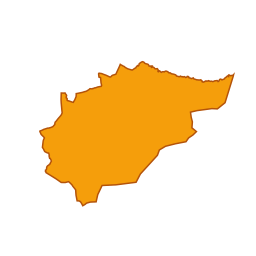 the district of Yorosso, Sikasso, Mali, rotated 202°
{"feature_id": "8926073B52464298998123", "entity_name": "Yorosso", "entity_type": "district", "adm_level": 2, "iso_a3": "MLI", "parent_name": "Mali", "parent_adm1": "Sikasso", "projection": "mercator", "projection_center": [-4.768, 12.344], "detail": "fine", "context": "isolated", "style": "filled", "palette": "amber", "viewbox_px": 256, "rotation_deg": 202, "n_neighbors": 0, "source": "geoboundaries", "source_scale": "gbopen_adm2", "svg_char_len": 4571}
<svg xmlns="http://www.w3.org/2000/svg" viewBox="0 0 256 256"><g transform="rotate(202 128 128)"><path d="M100.2,80.7L99.3,90.0L90.5,113.7L90.7,119.4L86.4,125.1L78.2,131.1L69.1,137.0L68.1,141.5L65.2,145.8L63.2,150.3L68.8,152.1L70.6,157.8L73.4,161.6L76.0,166.1L70.5,170.0L57.5,177.4L52.3,179.2L47.5,187.8L49.8,215.0L50.1,217.0L50.3,216.5L50.9,215.9L51.8,215.4L52.2,215.0L53.7,214.9L54.3,215.1L54.6,214.6L54.5,214.2L54.2,213.8L54.1,213.5L54.7,213.7L55.3,213.5L55.7,212.7L55.8,212.1L56.4,211.5L56.9,210.6L57.0,209.7L57.4,209.2L58.0,208.8L58.2,208.4L58.7,208.0L59.1,207.8L59.4,207.9L60.0,208.1L60.5,208.0L61.2,207.3L61.3,205.7L61.6,205.1L61.9,204.8L62.2,205.0L62.5,205.2L63.1,205.4L64.0,204.9L65.4,204.1L65.8,203.6L66.7,202.8L67.8,202.7L68.4,202.6L68.9,202.3L69.2,202.0L69.7,202.0L70.5,202.1L71.2,202.0L71.4,201.4L71.7,201.3L72.5,201.2L72.9,200.7L73.6,200.7L74.0,200.3L74.2,199.7L74.7,199.5L75.1,198.9L75.7,198.7L76.5,198.7L76.6,199.1L76.8,199.3L77.0,199.4L77.6,199.4L78.1,199.6L78.5,200.0L79.1,199.6L79.7,199.3L80.1,199.0L80.9,198.9L82.4,198.4L83.6,198.4L84.0,198.3L85.0,198.2L85.6,198.4L86.2,198.9L86.7,198.5L87.3,197.8L87.9,197.6L88.3,197.6L88.7,197.6L89.3,197.6L90.1,197.4L90.7,197.7L90.8,198.1L91.7,198.3L92.4,198.0L92.5,197.3L93.2,196.6L93.3,196.6L93.6,196.4L94.3,196.7L94.6,196.7L95.2,196.7L95.6,196.3L95.9,196.0L96.0,195.9L96.6,196.0L97.2,195.9L97.7,195.6L98.1,195.6L98.7,195.8L99.1,195.5L99.2,195.1L99.6,194.8L100.3,194.6L101.4,194.6L102.4,194.3L102.9,194.7L103.2,194.8L103.6,195.1L104.7,195.1L105.8,195.0L106.9,194.8L107.8,194.6L108.5,194.6L109.0,194.9L109.8,194.9L110.3,194.6L110.8,194.5L111.3,194.7L111.8,195.0L112.8,195.1L113.6,195.1L114.3,194.9L115.0,194.3L115.4,193.6L116.1,193.5L116.9,193.2L117.7,192.5L117.8,192.3L117.9,192.1L118.6,192.2L119.4,192.6L120.1,192.8L120.4,192.4L120.5,192.3L120.7,191.7L121.0,191.5L121.4,191.7L121.5,192.2L121.3,192.6L121.4,192.9L122.0,193.2L122.3,193.5L122.5,193.7L123.2,194.0L124.1,193.4L124.9,193.1L125.4,193.1L125.7,193.3L125.9,193.5L127.1,193.9L128.0,193.8L128.4,193.4L128.8,193.0L129.1,193.2L129.0,193.4L129.0,193.7L128.8,194.1L128.8,194.5L129.7,194.2L130.8,193.6L131.1,193.5L131.3,193.4L131.6,193.3L131.8,193.5L132.2,193.9L132.5,194.1L133.1,194.5L134.3,194.5L135.2,194.3L135.4,194.3L136.2,194.3L136.8,194.3L137.7,194.9L139.2,195.0L140.0,194.4L141.0,193.1L141.7,191.7L141.5,190.6L141.5,189.9L141.7,189.4L142.2,189.2L142.5,189.3L142.5,189.2L142.8,188.9L143.2,187.7L143.3,187.1L143.3,186.8L143.3,186.7L143.7,186.3L144.5,185.4L144.7,184.8L145.3,184.0L145.6,183.5L146.3,183.2L147.2,183.1L149.2,182.9L150.5,182.8L152.2,183.0L153.5,183.2L154.5,183.6L155.7,183.6L156.8,183.8L158.1,183.9L159.0,184.1L159.0,181.9L159.4,173.7L159.4,173.3L160.3,172.6L161.1,171.9L161.7,171.5L162.5,170.6L163.0,169.3L163.3,168.8L164.1,168.5L168.2,168.7L170.7,168.6L171.3,168.6L172.8,168.6L174.5,168.2L175.4,168.0L175.6,167.4L175.2,166.5L174.3,164.9L174.0,164.3L173.5,164.3L172.9,164.5L172.4,164.5L171.2,162.3L170.0,159.9L168.8,158.2L168.4,157.6L168.4,156.8L168.5,156.5L169.3,156.1L170.0,155.6L171.4,154.7L173.3,153.0L174.3,152.5L174.8,151.7L175.4,151.5L175.8,151.0L176.4,150.7L177.4,150.4L178.0,150.2L178.6,148.9L180.5,146.4L181.9,145.4L183.7,143.9L188.2,140.9L188.9,140.5L188.7,140.0L187.9,137.8L187.9,134.3L188.1,132.9L188.3,132.1L188.3,131.9L188.3,131.3L189.3,131.1L192.6,131.0L193.9,130.8L194.7,130.8L195.1,131.5L195.4,132.4L196.0,132.8L196.5,132.8L196.9,133.6L197.0,134.5L197.1,135.2L197.4,135.5L197.6,135.6L198.5,136.1L199.5,136.9L200.6,136.3L202.0,135.8L203.0,135.4L200.7,129.2L199.3,126.2L195.6,119.0L194.8,117.6L194.7,116.2L194.9,114.6L196.3,110.5L197.3,107.0L197.7,106.2L197.6,105.2L197.4,104.4L197.2,103.8L197.5,103.0L197.9,101.9L198.2,101.1L199.6,99.7L201.5,98.2L202.6,97.7L204.2,96.3L205.6,95.2L206.5,94.1L207.8,92.8L208.5,92.3L208.5,92.0L208.3,91.6L207.1,90.5L206.1,89.5L203.4,88.4L202.6,88.0L202.1,87.7L201.8,87.5L201.9,85.5L201.8,84.3L200.1,78.0L198.3,76.7L197.5,75.9L196.4,75.0L195.0,74.8L193.3,74.7L192.8,74.9L192.1,75.0L191.7,74.4L190.8,73.4L190.8,72.7L190.5,72.2L189.3,70.5L188.7,70.6L187.3,69.4L186.6,68.4L186.8,67.3L186.9,66.4L186.7,65.7L187.2,65.1L187.4,64.6L187.5,64.0L188.3,63.0L188.6,62.1L188.7,61.3L188.5,60.5L188.2,59.6L188.1,58.9L188.4,58.3L188.7,58.0L188.4,57.3L188.2,56.7L187.5,56.5L187.2,56.1L187.2,55.9L175.6,53.9L169.5,52.5L165.8,53.9L163.0,56.0L160.7,55.2L158.5,54.2L157.3,53.3L153.4,51.1L151.0,46.2L147.9,41.4L146.2,42.0L145.2,42.0L143.9,41.5L142.7,40.6L140.8,39.0L139.2,41.1L138.3,42.8L135.2,45.2L129.9,47.6L131.1,54.9L130.5,65.0L117.9,70.8L100.2,80.7Z" fill="#f59e0b" stroke="#b45309" stroke-width="1.5"/></g></svg>